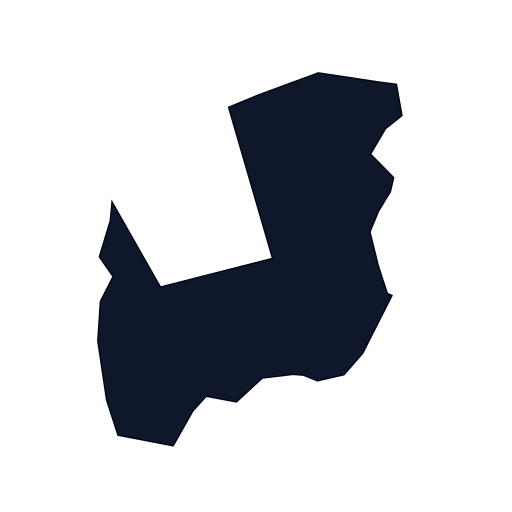 Yangcheon-gu, Seoul, South Korea, rotated 342°
{"feature_id": "91817680B8017156108400", "entity_name": "Yangcheon-gu", "entity_type": "district", "adm_level": 2, "iso_a3": "KOR", "parent_name": "South Korea", "parent_adm1": "Seoul", "projection": "mercator", "projection_center": [126.864, 37.519], "detail": "fine", "context": "isolated", "style": "filled", "palette": "ink", "viewbox_px": 512, "rotation_deg": 342, "n_neighbors": 0, "source": "geoboundaries", "source_scale": "gbopen_adm2", "svg_char_len": 598}
<svg xmlns="http://www.w3.org/2000/svg" viewBox="0 0 512 512"><g transform="rotate(342 256 256)"><path d="M69.4,383.8L118.6,410.9L148.1,383.8L165.3,374.0L192.3,388.7L224.3,374.0L254.6,380.0L264.3,384.0L275.9,393.7L303.0,396.1L327.5,381.4L373.1,335.6L369.3,332.2L369.3,302.7L371.8,268.3L386.5,251.1L403.7,236.3L411.1,224.0L396.4,194.5L418.5,174.9L438.2,167.5L442.6,136.1L425.9,128.2L371.8,101.1L307.9,103.6L275.9,106.1L271.0,263.4L155.5,256.0L135.8,160.1L128.4,177.3L106.8,208.4L113.7,231.4L94.0,251.1L79.3,288.0L69.4,346.9L69.4,383.8Z" fill="#0f172a" stroke="#020617" stroke-width="1.5"/></g></svg>